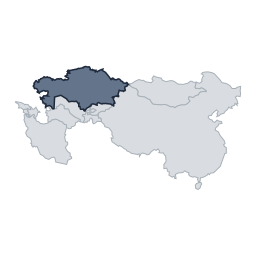 map of Kazakhstan with Uzbekistan, Mongolia, Tajikistan and 7 others greyed out
{"feature_id": "KAZ", "entity_name": "Kazakhstan", "entity_type": "country or territory", "adm_level": 0, "iso_a3": "KAZ", "parent_name": "Asia", "parent_adm1": "", "projection": "equal_earth", "projection_center": [65.802, 47.999], "detail": "fine", "context": "with_neighbors", "style": "filled", "palette": "slate", "viewbox_px": 256, "rotation_deg": 0, "n_neighbors": 10, "source": "natural_earth", "source_scale": "50m", "svg_char_len": 12404}
<svg xmlns="http://www.w3.org/2000/svg" viewBox="0 0 256 256"><path d="M54.0,108.8L54.5,97.0L60.8,95.2L66.8,98.9L69.1,101.7L76.1,101.0L79.0,103.3L78.8,106.6L80.0,106.6L80.5,109.2L83.7,109.3L84.4,110.9L85.3,110.8L86.3,108.5L90.9,105.7L91.7,106.0L89.7,108.1L91.5,109.3L93.2,108.5L96.2,110.2L93.1,112.5L90.2,112.3L89.8,111.4L90.3,109.9L87.0,110.7L85.1,114.6L83.0,114.4L82.4,115.8L84.2,116.6L84.8,119.1L83.4,122.5L80.1,121.7L80.2,119.7L74.2,116.7L69.7,112.9L68.6,109.5L67.8,108.9L65.1,109.1L64.2,108.4L64.0,105.8L60.7,104.1L58.6,106.0L56.4,107.1L56.8,108.7L54.0,108.8Z" fill="#d9dde1" stroke="#a8b0b8" stroke-width="1"/><path d="M129.4,83.9L131.8,83.4L135.8,80.9L139.1,79.5L141.3,80.4L143.7,80.4L145.5,81.8L151.3,82.7L153.2,80.6L151.9,78.9L153.6,75.9L156.4,77.1L161.4,78.2L162.4,80.3L166.0,81.6L170.9,80.6L173.3,81.0L175.9,82.5L177.7,84.0L183.0,84.4L187.8,83.2L190.6,81.1L192.1,81.4L193.6,82.4L196.3,82.2L195.1,87.4L196.1,88.6L197.3,88.3L199.8,88.7L201.2,87.6L203.4,88.6L206.3,90.7L206.3,91.8L204.4,91.4L201.0,91.9L199.6,92.7L198.5,94.8L195.1,96.0L193.2,97.6L189.1,96.7L188.4,98.7L190.1,101.0L187.3,103.8L184.7,104.9L181.0,105.0L177.3,106.1L174.8,107.8L173.5,106.8L170.5,106.8L166.5,104.9L164.0,104.4L160.9,104.9L153.0,104.2L151.3,102.3L149.7,99.4L148.1,99.1L144.9,97.1L138.7,96.1L137.6,94.8L138.0,91.2L136.0,88.7L132.5,87.6L130.3,86.0L129.4,83.9Z" fill="#d9dde1" stroke="#a8b0b8" stroke-width="1"/><path d="M83.4,122.5L84.8,119.1L84.2,116.6L82.4,115.8L83.0,114.4L85.1,114.6L87.0,110.7L90.3,109.9L89.8,111.4L90.2,112.3L91.2,112.2L90.3,113.2L87.6,112.7L87.4,114.6L90.1,114.3L93.2,115.4L97.9,114.9L98.7,117.9L99.5,117.6L101.1,118.4L101.5,121.6L97.1,121.3L95.6,122.8L93.6,123.8L92.6,122.7L92.7,119.9L92.0,119.8L92.2,118.8L90.9,118.0L89.8,119.2L89.2,121.0L87.7,120.9L86.9,122.5L86.0,121.8L84.2,122.9L83.4,122.5Z" fill="#d9dde1" stroke="#a8b0b8" stroke-width="1"/><path d="M90.9,105.7L91.4,104.3L93.0,103.8L97.1,104.9L97.4,103.1L98.8,102.4L102.3,103.7L103.2,103.4L110.9,103.8L112.2,104.9L113.7,105.4L113.4,106.1L109.7,107.9L108.9,109.2L105.7,109.6L104.9,111.6L102.3,111.2L100.6,111.8L98.3,113.4L98.6,114.1L97.9,114.9L93.2,115.4L90.1,114.3L87.4,114.6L87.6,112.7L90.3,113.2L91.2,112.2L93.1,112.5L96.2,110.2L93.2,108.5L91.5,109.3L89.7,108.1L91.7,106.0L90.9,105.7Z" fill="#d9dde1" stroke="#a8b0b8" stroke-width="1"/><path d="M45.5,107.2L46.7,106.2L49.5,105.5L51.1,106.4L52.7,108.9L56.8,108.7L56.4,107.1L58.6,106.0L60.7,104.1L64.0,105.8L64.2,108.4L65.1,109.1L67.8,108.9L68.6,109.5L69.7,112.9L74.2,116.7L80.2,119.7L80.1,121.7L78.1,120.8L77.7,121.9L75.6,122.6L75.1,125.3L73.6,126.3L71.6,126.8L71.1,128.3L69.1,128.8L66.5,127.5L66.4,124.7L64.5,124.5L61.7,121.6L59.7,121.2L56.9,119.5L55.2,119.2L54.0,119.8L52.3,119.7L50.5,121.6L48.2,122.3L47.8,119.9L48.4,116.5L46.5,115.4L47.3,113.1L45.6,112.9L46.4,110.2L48.7,111.0L50.9,109.9L49.2,108.0L48.6,106.1L46.6,107.0L46.2,109.3L45.5,107.2Z" fill="#d9dde1" stroke="#a8b0b8" stroke-width="1"/><path d="M33.0,147.2L31.6,145.4L31.7,143.5L30.9,143.5L31.5,141.0L30.3,138.4L27.3,136.5L25.7,133.2L26.5,130.6L27.9,129.4L27.9,127.4L26.3,126.4L23.9,119.7L24.5,118.7L24.1,114.9L25.9,114.0L26.2,115.2L27.3,116.7L29.0,117.2L29.9,117.1L33.0,114.6L34.0,114.4L34.6,115.4L33.7,117.0L35.1,118.7L35.7,118.6L36.3,121.0L38.7,121.7L40.3,123.4L43.9,124.0L47.9,123.1L48.2,122.3L50.5,121.6L52.3,119.7L54.0,119.8L55.2,119.2L56.9,119.5L59.7,121.2L61.7,121.6L64.5,124.5L66.4,124.7L66.5,127.5L64.7,134.2L65.8,134.7L64.6,136.6L65.6,141.6L67.6,142.2L67.7,144.4L65.3,147.6L67.6,151.5L70.1,153.1L70.2,156.2L71.4,156.8L71.7,158.4L67.8,160.3L66.7,164.4L55.8,162.1L54.8,157.7L53.5,157.1L51.4,157.7L48.7,159.4L45.5,158.2L42.9,155.5L40.4,154.5L37.1,146.5L35.6,147.0L34.0,145.9L33.0,147.2Z" fill="#d9dde1" stroke="#a8b0b8" stroke-width="1"/><path d="M29.9,117.1L29.0,117.2L28.2,114.8L27.1,114.8L26.4,113.9L23.2,112.2L23.6,110.6L23.3,109.5L26.8,109.0L28.1,110.4L27.6,111.2L28.8,112.3L28.0,113.4L30.0,114.8L29.9,117.1Z" fill="#d9dde1" stroke="#a8b0b8" stroke-width="1"/><path d="M198.0,189.5L195.7,188.3L195.3,185.2L196.5,183.5L199.4,182.5L201.0,182.6L201.7,184.0L200.7,185.6L200.2,187.7L198.0,189.5ZM113.7,105.4L113.4,103.6L115.0,102.8L112.4,97.3L118.2,95.4L119.4,89.8L124.2,90.9L125.4,89.5L125.1,86.4L127.0,86.2L128.5,84.2L129.4,83.9L130.3,86.0L132.5,87.6L136.0,88.7L138.0,91.2L137.6,94.8L138.7,96.1L144.9,97.1L148.1,99.1L149.7,99.4L151.3,102.3L153.0,104.2L160.9,104.9L164.0,104.4L166.5,104.9L170.5,106.8L173.5,106.8L174.8,107.8L177.3,106.1L181.0,105.0L184.7,104.9L187.3,103.8L190.1,101.0L188.4,98.7L189.1,96.7L193.2,97.6L195.1,96.0L198.5,94.8L199.6,92.7L201.0,91.9L204.4,91.4L206.3,91.8L206.3,90.7L203.4,88.6L201.2,87.6L199.8,88.7L197.3,88.3L196.1,88.6L195.1,87.4L196.3,82.2L199.4,83.3L202.1,81.4L201.6,80.1L202.6,77.0L203.5,76.1L202.9,74.5L201.4,73.9L202.7,72.5L205.3,72.0L208.3,71.9L212.0,72.7L214.4,73.8L219.9,79.7L221.9,82.6L226.3,83.5L229.9,85.6L232.0,88.5L235.6,88.5L237.1,87.3L240.6,86.4L240.5,89.1L240.1,90.2L240.6,93.6L240.1,96.6L237.0,96.0L235.3,97.1L236.9,99.8L237.9,103.6L236.7,103.7L237.2,105.3L235.0,103.4L234.6,105.2L231.3,106.6L232.2,108.3L230.0,108.1L228.6,107.1L227.6,109.4L225.3,111.2L223.9,113.3L220.7,114.2L219.2,115.7L216.8,116.6L217.7,115.1L216.9,113.8L218.2,111.6L216.5,109.9L212.4,113.4L211.4,115.5L209.0,115.6L208.1,117.2L209.9,119.4L212.1,120.0L212.6,121.5L214.8,122.4L217.0,120.1L219.6,121.4L221.3,121.4L222.1,123.2L218.7,124.1L218.0,125.9L215.9,127.6L215.1,130.0L218.3,131.9L220.0,135.3L224.5,141.1L225.0,143.7L223.6,144.6L224.5,146.5L226.3,147.6L226.3,153.2L224.8,153.5L220.3,166.3L213.7,172.7L210.7,173.1L209.3,174.7L208.2,173.6L206.9,175.4L203.3,177.2L200.5,177.8L199.9,181.6L198.4,181.8L197.5,179.2L198.0,177.8L194.2,176.6L193.0,177.2L190.1,176.2L188.7,174.8L188.9,172.7L186.4,172.0L184.9,170.7L182.8,172.6L178.1,173.0L175.4,174.4L176.1,178.6L174.7,178.5L174.1,176.1L172.2,177.2L168.9,175.1L169.4,172.1L167.7,171.4L166.7,168.1L163.9,168.7L163.9,164.4L166.1,161.4L165.6,155.8L164.4,154.9L163.3,152.8L161.7,153.1L158.8,152.6L159.6,151.1L158.1,148.9L156.4,150.4L154.1,149.5L151.3,151.7L149.1,154.4L147.0,154.8L145.7,153.9L142.4,153.0L141.0,153.9L139.5,156.5L139.0,153.7L137.5,154.5L131.3,153.3L129.1,151.7L127.0,151.0L126.0,149.4L124.5,148.9L121.7,146.6L119.5,145.5L118.5,146.3L112.0,141.7L111.1,137.9L113.0,138.3L113.0,136.6L111.9,134.8L112.0,132.0L109.0,128.0L104.8,126.7L103.9,124.1L102.0,122.5L101.5,121.6L101.1,118.4L99.5,117.6L98.7,117.9L97.9,114.9L98.6,114.1L98.3,113.4L100.6,111.8L102.3,111.2L104.9,111.6L105.7,109.6L108.9,109.2L109.7,107.9L113.4,106.1L113.7,105.4Z" fill="#d9dde1" stroke="#a8b0b8" stroke-width="1"/><path d="M29.9,107.4L31.2,107.1L32.7,109.1L33.8,109.3L35.9,107.2L38.1,111.2L39.3,111.3L40.0,112.2L37.9,112.5L36.8,116.1L35.8,116.9L35.7,118.6L35.1,118.7L33.7,117.0L34.6,115.4L34.0,114.4L33.0,114.6L29.9,117.1L30.0,114.8L28.0,113.4L28.8,112.3L27.6,111.2L28.1,110.4L26.8,109.0L27.5,108.4L30.5,109.6L30.9,109.2L29.9,107.4ZM29.0,117.2L27.3,116.7L26.2,115.2L25.9,114.0L26.4,113.9L27.1,114.8L28.2,114.8L29.0,117.2Z" fill="#d9dde1" stroke="#a8b0b8" stroke-width="1"/><path d="M15.4,102.0L15.7,101.6L21.2,102.6L24.4,104.2L24.7,104.8L26.3,104.3L28.5,104.9L29.1,106.2L30.6,107.0L29.9,107.4L30.9,109.2L30.5,109.6L29.2,109.4L27.5,108.4L26.8,109.0L23.3,109.5L21.1,107.9L18.5,108.0L19.0,106.7L18.7,104.5L17.4,103.3L16.1,102.9L15.4,102.0Z" fill="#d9dde1" stroke="#a8b0b8" stroke-width="1"/><path d="M90.9,105.7L90.3,106.0L90.0,106.4L89.6,106.3L88.8,107.1L87.8,107.6L87.1,108.0L86.5,108.4L86.3,108.6L86.3,108.9L86.1,109.1L85.5,109.6L85.2,110.2L85.1,110.5L85.2,110.9L85.1,111.0L84.8,111.0L84.1,110.7L83.8,110.4L84.0,109.7L83.5,109.1L83.2,109.2L80.8,109.3L80.5,109.2L80.2,108.2L80.0,106.6L78.8,106.5L78.8,105.5L79.0,103.4L78.3,103.7L77.5,102.4L77.0,102.0L76.1,101.1L75.0,101.6L72.0,101.3L69.0,101.8L67.0,99.6L66.8,99.1L66.7,98.9L60.9,95.3L54.6,97.0L54.0,108.7L52.9,108.9L52.7,108.8L52.2,108.3L51.4,106.7L49.6,105.5L48.6,105.6L47.0,106.1L46.5,106.3L45.5,107.2L45.5,106.2L46.0,105.2L46.0,104.8L46.0,104.1L45.7,103.9L45.2,104.0L45.0,103.8L44.3,103.8L43.9,103.0L43.7,102.8L42.9,102.8L43.0,101.8L42.5,101.0L42.0,99.6L41.7,99.3L40.9,99.1L40.7,99.1L40.7,98.7L40.8,98.3L41.1,98.2L42.2,98.2L42.9,98.6L43.4,98.5L43.8,98.5L43.6,98.3L43.3,98.2L42.7,97.6L42.6,97.3L42.7,97.1L43.3,96.7L43.4,96.3L43.7,95.9L44.0,96.0L44.5,95.8L46.2,95.8L47.3,96.0L48.0,96.0L47.2,95.5L47.0,95.3L47.4,94.6L47.8,94.0L48.0,93.3L48.0,92.7L47.9,92.5L48.0,92.2L48.2,91.9L48.0,91.3L47.7,91.0L46.7,90.9L46.3,91.2L45.8,91.4L45.5,91.2L44.9,91.1L44.6,90.8L43.6,90.5L43.0,90.7L42.1,91.2L41.8,91.2L40.4,92.1L39.1,92.3L39.1,92.7L38.9,92.6L38.7,92.7L38.8,92.9L37.4,92.2L37.1,91.9L37.2,91.7L37.4,91.6L38.1,91.8L38.2,91.7L38.3,91.5L37.5,89.9L36.7,88.7L35.1,88.4L34.6,88.6L34.4,88.4L34.2,88.0L34.3,87.4L34.2,87.1L33.4,86.6L33.3,86.1L33.6,85.4L34.0,84.9L34.3,84.7L34.5,84.4L34.5,84.2L34.0,83.7L34.1,83.3L34.3,82.7L34.6,82.3L35.3,81.8L35.4,81.7L35.5,81.2L36.0,80.7L36.5,80.7L37.8,82.3L38.0,82.4L38.8,82.1L39.0,81.8L38.7,80.0L39.1,80.1L40.4,79.3L40.6,78.8L40.8,78.7L41.6,78.5L42.8,78.0L44.0,76.8L44.8,77.0L45.0,77.2L45.1,77.5L45.8,77.5L46.8,77.0L47.2,76.9L47.5,76.9L47.8,77.4L48.0,77.5L49.7,77.5L50.2,77.8L50.5,78.2L51.1,78.4L51.5,78.8L52.1,79.6L52.1,80.1L52.3,80.3L52.5,80.1L52.6,79.9L52.5,79.3L52.4,79.1L52.6,78.9L53.1,79.1L54.2,79.9L54.9,80.1L55.8,79.7L56.1,79.4L56.9,78.9L57.2,79.0L58.1,78.7L58.5,78.8L59.0,79.2L59.5,79.1L60.0,78.6L61.2,78.7L61.6,79.0L62.3,79.8L63.6,80.0L63.8,80.1L63.7,80.3L63.8,80.4L64.5,80.1L64.8,79.5L65.1,79.3L65.6,79.8L65.9,79.8L66.4,79.9L67.1,79.8L67.7,79.6L68.1,79.3L68.6,78.2L68.1,77.6L67.3,77.5L67.2,77.4L66.1,77.0L65.9,76.7L65.2,76.3L65.1,76.2L66.0,75.7L66.6,75.6L67.4,75.1L66.9,74.1L67.0,73.9L67.5,73.2L68.3,73.2L69.6,73.3L69.9,73.2L69.7,72.9L68.9,72.5L67.9,72.4L67.8,72.2L68.0,71.9L68.4,71.9L68.7,71.7L68.0,71.6L67.4,71.4L67.8,71.0L67.8,70.5L68.0,70.3L68.3,70.2L69.6,70.5L69.9,70.4L70.9,70.3L71.2,70.2L72.2,70.1L72.4,69.9L73.9,69.7L74.7,69.4L75.3,69.3L75.7,69.4L76.3,69.3L76.7,69.4L76.8,69.3L77.0,68.9L77.6,68.6L78.1,68.6L78.5,68.4L78.6,68.5L79.2,68.5L82.5,67.9L82.8,67.7L83.5,67.7L83.7,67.4L83.6,67.1L84.3,67.0L84.7,66.7L85.3,66.5L86.4,66.6L88.0,67.1L88.4,67.0L88.6,66.8L89.2,66.8L89.6,67.2L90.3,68.7L90.2,69.3L90.0,69.6L90.1,69.8L90.7,69.9L91.9,69.7L92.1,69.8L92.3,69.7L92.5,69.5L93.0,70.0L93.1,70.5L93.5,70.4L93.4,70.1L93.5,70.0L94.2,70.1L94.7,70.4L94.9,70.5L95.3,70.5L95.8,70.2L96.0,70.2L95.9,70.6L95.3,70.9L95.1,71.2L95.1,71.5L95.3,71.9L95.9,71.5L96.4,71.4L97.2,71.5L97.5,71.8L97.6,71.7L97.7,71.3L98.5,70.8L99.0,70.8L99.4,70.7L99.7,70.4L99.8,70.2L100.4,70.0L101.6,69.5L102.2,69.4L102.9,69.1L102.8,69.5L102.5,70.0L102.0,69.9L102.2,70.3L102.4,70.5L105.1,72.1L105.5,72.4L107.0,74.2L109.6,77.5L110.9,79.6L111.1,79.6L111.1,79.4L111.4,79.2L111.9,79.1L111.9,78.9L111.8,78.5L111.9,78.4L112.5,78.1L112.8,78.1L113.1,78.4L113.4,78.4L113.5,78.5L113.4,79.0L114.1,79.0L114.3,79.4L114.3,79.6L115.4,79.6L115.8,79.8L116.7,79.7L117.0,79.6L117.3,79.2L117.9,79.2L118.2,78.9L118.6,78.9L119.5,79.2L120.0,79.6L120.2,79.9L120.7,80.3L120.9,81.0L121.1,81.1L121.8,81.2L122.4,81.6L122.7,81.7L122.7,82.0L122.8,82.2L123.4,83.0L125.1,83.2L125.2,83.3L125.7,83.3L126.6,82.5L126.9,82.6L126.7,83.0L126.9,83.1L127.2,83.4L127.7,84.0L128.3,84.2L128.5,84.6L127.9,84.5L127.3,84.7L127.2,85.0L127.3,85.2L127.2,85.7L126.9,86.2L126.3,86.4L125.1,86.7L124.9,87.2L124.7,88.1L125.0,89.3L125.3,89.8L125.3,90.1L124.9,90.7L124.4,90.7L123.9,91.1L123.4,91.4L123.0,90.9L122.3,90.9L121.5,90.9L120.8,90.8L119.2,90.2L119.1,90.3L119.0,91.0L118.3,93.4L117.9,95.2L117.9,95.4L118.6,95.7L118.7,96.1L118.5,96.6L117.9,96.4L117.1,96.5L116.7,96.3L116.6,96.1L116.4,95.9L114.5,96.6L114.0,96.6L112.6,97.0L112.2,97.4L112.5,97.7L113.1,97.6L113.7,97.9L113.5,98.1L113.4,98.4L113.5,99.9L113.9,100.5L114.4,101.5L114.6,102.0L114.5,102.4L114.7,102.5L114.8,102.8L114.7,103.0L114.4,102.9L113.9,103.2L113.9,103.4L114.3,103.6L113.6,104.0L113.4,104.5L113.8,105.8L113.6,105.9L112.9,105.2L111.7,105.0L111.1,104.4L111.0,104.1L110.9,104.1L110.3,104.1L109.4,103.8L108.1,103.8L107.6,103.7L106.2,103.6L105.6,103.4L104.4,103.6L102.8,103.5L102.7,103.6L102.3,103.9L101.7,103.9L100.3,103.4L98.8,102.6L98.6,102.7L98.1,102.7L98.0,102.9L97.2,103.3L96.9,104.6L97.1,105.2L96.9,105.2L96.6,104.9L95.5,104.7L95.3,104.5L94.1,104.1L92.8,103.9L91.6,104.2L91.1,104.8L91.0,105.1L90.8,105.4L90.8,105.6L90.9,105.7ZM40.6,97.5L40.4,97.6L40.2,97.2L40.3,96.9L40.5,96.8L40.3,97.0L40.4,97.4L40.6,97.5ZM46.8,95.8L46.6,95.7L46.6,95.4L46.8,95.4L46.8,95.8Z" fill="#64748b" stroke="#1e293b" stroke-width="1.5"/></svg>